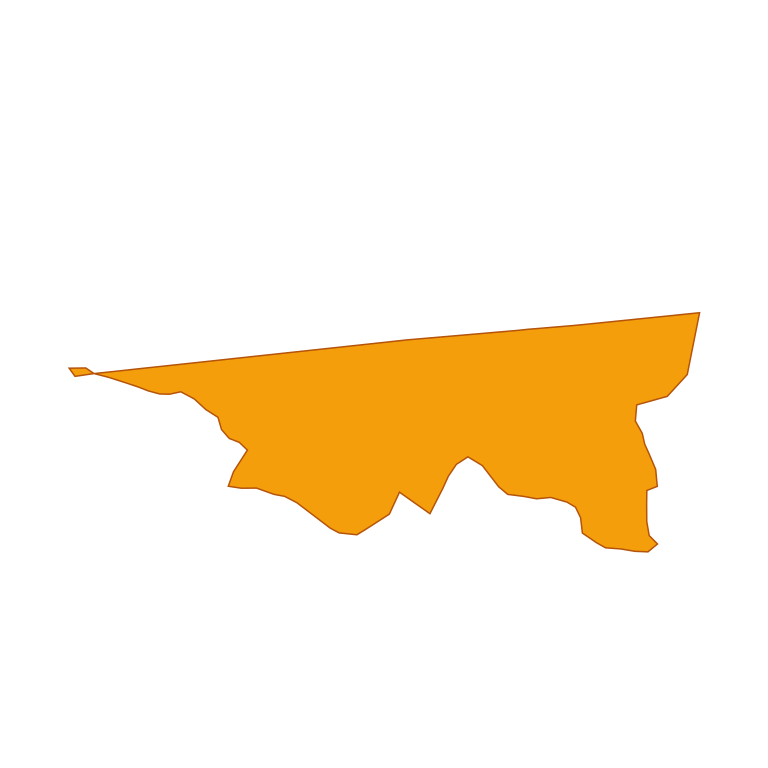 outline of Vera Cruz, Rio Grande do Norte, Brazil, rotated 16°
{"feature_id": "56859067B57046427272497", "entity_name": "Vera Cruz", "entity_type": "district", "adm_level": 2, "iso_a3": "BRA", "parent_name": "Brazil", "parent_adm1": "Rio Grande do Norte", "projection": "albers", "projection_center": [-35.443, -6.033], "detail": "fine", "context": "isolated", "style": "filled", "palette": "amber", "viewbox_px": 768, "rotation_deg": 16, "n_neighbors": 0, "source": "geoboundaries", "source_scale": "gbopen_adm2", "svg_char_len": 1055}
<svg xmlns="http://www.w3.org/2000/svg" viewBox="0 0 768 768"><g transform="rotate(16 384 384)"><path d="M102.4,453.9L117.2,453.5L131.0,453.9L148.3,454.6L159.4,455.6L171.2,455.4L180.7,452.9L190.8,447.5L205.6,450.6L219.8,457.7L233.6,461.8L240.4,472.6L250.3,479.0L261.0,480.0L270.9,485.2L263.5,509.9L262.5,525.2L275.6,523.5L290.1,519.2L308.6,520.4L319.5,519.4L332.9,522.1L372.1,537.4L381.9,539.5L399.5,536.4L406.9,528.3L425.0,507.6L428.7,483.7L448.3,490.6L463.9,496.0L469.3,468.2L471.3,454.9L475.7,441.3L484.7,430.9L501.0,435.3L522.6,451.2L533.4,456.0L549.6,453.5L562.2,452.3L575.6,447.1L592.5,447.1L602.0,449.6L609.8,458.3L615.8,472.6L632.0,478.0L642.1,480.4L657.0,477.3L671.2,475.7L684.0,472.6L691.0,462.4L680.7,456.6L674.5,443.8L669.5,426.8L666.0,413.9L674.9,407.1L668.7,391.2L657.6,377.5L651.2,370.0L645.9,360.3L635.8,350.3L632.7,334.4L659.7,317.8L672.9,291.3L667.7,228.5L550.7,275.3L507.4,291.7L498.3,295.4L395.1,334.8L102.4,453.9ZM84.9,461.8L102.4,453.9L92.9,450.8L77.0,455.6L84.9,461.8Z" fill="#f59e0b" stroke="#b45309" stroke-width="1.5"/></g></svg>